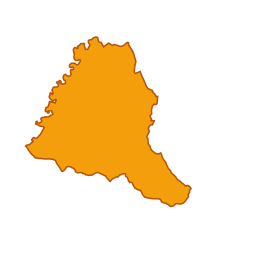 outline of Almas, Arad, Romania, rotated 301°
{"feature_id": "2599482B18318640394861", "entity_name": "Almas", "entity_type": "district", "adm_level": 2, "iso_a3": "ROU", "parent_name": "Romania", "parent_adm1": "Arad", "projection": "mercator", "projection_center": [22.225, 46.251], "detail": "fine", "context": "isolated", "style": "filled", "palette": "amber", "viewbox_px": 256, "rotation_deg": 301, "n_neighbors": 0, "source": "geoboundaries", "source_scale": "gbopen_adm2", "svg_char_len": 5663}
<svg xmlns="http://www.w3.org/2000/svg" viewBox="0 0 256 256"><g transform="rotate(301 128 128)"><path d="M108.5,213.3L109.4,211.3L109.7,209.8L109.5,208.6L108.4,207.8L107.9,206.9L108.4,205.3L108.6,203.7L108.5,203.0L108.6,202.1L109.0,201.2L109.3,200.2L109.0,199.4L109.4,198.1L109.2,197.6L110.0,195.1L110.6,194.4L111.0,193.0L111.1,192.2L111.5,190.9L111.4,189.7L112.0,188.1L113.4,186.4L114.0,183.6L115.5,181.2L118.2,177.7L119.2,174.8L120.7,172.3L122.4,170.5L123.5,168.9L121.1,167.3L120.4,164.1L121.0,160.0L121.8,158.3L123.7,156.3L124.8,153.7L126.0,152.6L129.2,150.5L129.5,149.3L130.7,148.5L134.6,148.3L136.3,148.0L136.8,147.1L138.5,145.4L139.0,145.4L142.0,145.6L142.6,146.2L143.0,147.2L147.0,147.0L147.7,146.8L146.1,144.1L146.3,143.8L146.8,143.8L147.1,144.2L149.7,140.6L151.5,141.0L152.5,141.0L155.1,139.1L159.1,137.6L159.7,137.6L161.6,137.9L161.8,138.9L162.4,139.1L162.4,139.6L163.6,140.3L166.1,139.3L170.4,137.2L169.3,135.9L169.8,135.6L171.3,132.4L171.1,131.2L171.6,130.8L171.7,130.1L172.5,130.1L172.7,129.3L172.1,124.8L173.4,121.9L177.5,116.5L179.7,113.0L182.7,109.3L178.5,106.2L179.1,104.4L185.9,101.5L189.0,100.6L193.8,95.5L195.4,93.6L195.2,93.4L195.6,92.6L195.9,92.8L196.7,91.6L197.9,89.0L199.7,85.6L200.8,84.8L201.4,84.6L201.2,83.8L201.0,83.3L199.8,82.8L197.9,82.3L195.2,81.0L195.1,80.6L194.2,79.6L193.8,78.8L193.5,77.8L193.4,76.5L192.5,73.0L190.7,72.1L190.8,68.9L190.6,67.4L187.9,66.6L185.0,65.3L187.5,61.0L187.4,60.9L186.9,59.8L186.9,59.2L187.0,58.3L190.0,55.3L189.7,54.9L189.5,53.7L188.7,52.8L187.4,51.9L186.1,51.4L185.1,51.4L183.3,49.3L182.8,49.1L182.3,49.1L181.1,49.9L180.5,50.7L179.8,52.1L178.4,52.9L177.7,52.9L177.3,52.6L176.8,52.5L175.2,53.0L174.3,52.6L173.7,51.1L173.7,50.6L173.9,50.2L174.6,49.9L175.5,49.0L176.1,47.8L177.1,47.7L177.7,47.4L177.8,47.1L177.8,46.5L177.1,45.9L176.8,45.4L176.7,44.8L175.7,43.9L174.3,43.9L173.5,43.6L173.2,43.3L172.0,42.8L171.5,42.9L170.9,43.8L170.6,44.0L170.3,43.8L169.9,43.3L169.8,41.8L169.6,40.9L168.3,40.7L167.0,40.8L166.4,41.1L165.9,41.9L164.9,42.4L164.5,43.2L163.9,44.0L162.5,44.4L161.1,45.0L159.9,46.1L159.1,47.5L159.0,48.3L159.6,49.5L160.5,50.4L161.3,51.1L161.6,51.6L161.4,52.3L161.0,52.6L160.5,52.7L157.2,52.6L156.4,52.5L156.1,52.3L155.7,51.4L155.9,50.2L156.0,49.0L155.7,48.2L154.4,46.3L153.8,45.9L152.3,45.6L151.3,45.6L150.7,46.1L150.1,47.2L150.3,47.8L151.5,48.9L151.7,49.3L151.7,50.0L151.5,50.3L150.4,50.9L149.8,50.9L149.3,50.3L149.2,50.1L149.3,49.9L149.0,49.4L148.6,49.1L147.9,49.0L146.7,49.7L145.7,50.5L144.9,51.4L143.5,51.7L143.1,51.6L142.8,51.4L142.0,50.5L141.5,49.3L141.5,48.2L141.7,47.4L141.7,46.5L140.5,45.9L138.8,46.0L138.2,46.3L136.9,47.2L136.2,48.2L136.2,49.1L135.9,50.2L135.1,50.9L133.9,51.2L131.9,49.5L131.8,49.1L132.1,47.6L131.9,47.3L131.3,47.2L131.0,46.8L131.1,46.6L131.6,46.5L132.1,46.9L133.5,46.6L133.6,45.4L133.3,44.8L132.3,44.6L131.8,44.8L131.5,44.7L131.4,44.0L131.1,43.5L130.3,43.4L130.0,43.5L129.9,43.8L129.9,44.7L129.2,45.9L128.1,46.5L127.5,46.5L127.0,46.3L126.1,45.4L125.3,43.9L124.7,43.2L124.3,43.1L121.9,43.2L121.3,43.4L120.8,43.8L120.0,45.0L119.2,45.8L118.7,46.0L118.0,45.9L117.8,45.6L118.4,44.1L118.3,43.6L117.6,43.3L117.4,43.3L116.6,43.8L116.2,44.2L115.0,44.1L114.1,44.4L113.5,45.0L113.4,45.7L112.8,46.5L112.7,47.4L112.5,48.2L112.5,49.0L112.8,49.7L114.7,50.8L115.0,51.3L115.1,51.6L115.0,52.1L114.5,52.3L113.8,52.1L112.6,52.5L111.7,52.5L111.5,51.8L111.7,50.5L111.3,49.8L110.6,49.0L110.8,48.3L110.6,47.6L110.4,47.1L109.7,47.1L109.3,47.4L109.3,47.7L107.7,47.9L107.7,48.1L107.5,48.3L106.5,48.1L105.3,48.5L104.4,48.3L103.7,47.4L103.3,47.1L102.3,47.5L101.8,47.9L101.1,47.8L100.5,47.9L100.0,48.4L99.8,48.8L99.8,49.1L99.8,49.3L100.5,50.2L100.5,50.3L99.6,51.1L99.6,51.8L99.7,52.0L100.1,52.3L100.9,52.2L101.0,51.9L101.0,51.4L101.3,51.2L101.5,51.2L101.9,51.4L102.1,51.8L103.0,52.8L103.3,53.2L103.3,53.4L103.3,53.8L103.0,54.2L102.1,54.7L101.9,55.1L101.8,55.8L101.5,56.3L101.1,56.5L100.1,56.2L98.5,54.8L98.0,54.8L96.7,54.1L96.1,53.5L95.6,52.6L95.5,52.0L95.0,51.3L94.1,50.6L93.4,50.3L92.9,49.1L92.3,48.6L91.2,48.5L90.4,49.0L89.8,50.2L89.4,50.5L88.6,50.6L86.9,49.7L86.1,48.9L86.0,48.3L86.2,47.6L86.9,46.6L86.5,46.2L86.1,46.0L84.6,46.4L84.1,46.6L83.9,46.9L83.9,47.8L84.2,48.5L84.3,49.1L84.3,51.7L84.5,52.2L84.6,52.9L85.4,54.1L85.5,54.7L85.4,55.6L85.0,55.9L77.8,56.2L77.2,56.2L76.8,55.9L73.0,55.4L71.9,54.6L71.5,54.0L71.3,53.7L71.2,53.2L71.4,52.8L71.3,52.1L70.6,51.7L69.9,51.5L68.2,51.6L67.9,51.8L67.8,52.1L68.1,52.7L68.1,53.3L67.3,53.6L66.6,53.5L65.7,52.8L64.7,52.6L63.8,52.5L62.3,51.5L61.0,49.8L59.7,49.6L59.7,50.3L58.9,52.0L58.7,52.6L57.5,54.6L56.7,56.9L56.3,57.4L55.9,58.6L55.6,60.9L55.4,61.4L55.4,62.1L54.8,63.2L54.6,63.4L55.7,66.6L57.5,70.0L58.2,71.9L60.7,76.0L61.5,77.7L61.9,78.4L62.5,79.7L62.5,80.6L62.8,82.3L62.3,83.3L61.1,84.8L58.5,90.6L56.8,93.2L57.1,94.2L59.2,95.2L62.5,95.5L63.8,96.1L64.0,96.4L65.2,98.9L65.0,100.2L65.4,101.9L65.6,102.4L64.8,103.4L64.7,104.3L64.4,104.8L63.7,105.2L63.4,105.9L63.4,107.1L63.7,108.1L64.9,109.5L65.4,110.2L65.5,110.8L65.9,111.3L65.6,113.0L66.2,113.6L66.5,114.3L66.4,114.9L66.0,115.7L66.7,117.2L67.0,118.6L67.8,119.5L69.1,121.5L69.9,122.0L71.1,122.3L74.4,124.9L74.6,126.7L75.3,133.5L74.6,135.0L73.1,139.0L73.1,140.3L75.8,140.7L79.5,142.8L80.9,144.7L82.9,145.0L84.8,146.2L86.3,147.3L87.2,149.5L85.4,151.0L85.1,153.3L83.2,155.3L82.1,157.6L83.1,158.6L83.2,159.9L81.5,162.1L80.0,165.0L80.2,168.7L80.9,171.1L78.3,175.2L77.4,177.8L78.2,180.9L80.0,185.4L83.1,190.8L83.4,192.6L82.0,194.9L82.0,196.5L82.9,199.2L83.0,201.8L82.6,204.8L83.7,206.2L85.1,207.3L86.1,207.5L87.6,208.0L88.2,208.7L90.1,212.6L93.0,214.5L95.5,214.9L97.4,214.9L100.1,215.3L102.9,213.5L104.3,214.1L105.2,213.4L106.9,212.9L108.5,213.3Z" fill="#f59e0b" stroke="#b45309" stroke-width="1.5"/></g></svg>